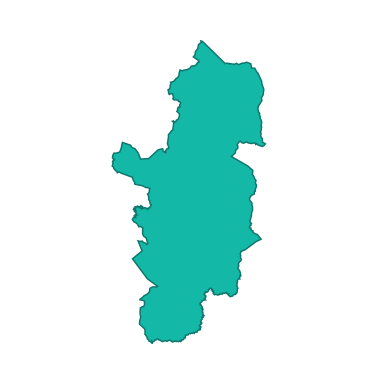 Sefwi-wiawso, Western, Ghana (orthographic projection), rotated 52°
{"feature_id": "2480657B7942392054994", "entity_name": "Sefwi-wiawso", "entity_type": "district", "adm_level": 2, "iso_a3": "GHA", "parent_name": "Ghana", "parent_adm1": "Western", "projection": "orthographic", "projection_center": [-2.458, 6.306], "detail": "fine", "context": "isolated", "style": "filled", "palette": "teal", "viewbox_px": 384, "rotation_deg": 52, "n_neighbors": 0, "source": "geoboundaries", "source_scale": "gbopen_adm2", "svg_char_len": 6098}
<svg xmlns="http://www.w3.org/2000/svg" viewBox="0 0 384 384"><g transform="rotate(52 192 192)"><path d="M92.4,141.3L93.3,141.4L94.8,143.9L95.7,144.3L97.1,146.4L96.6,147.8L100.5,149.9L101.3,149.7L101.3,148.5L102.6,146.9L106.4,148.4L106.4,149.4L107.2,149.7L108.6,149.3L109.2,148.1L111.3,146.5L112.2,146.9L113.3,146.2L114.8,146.1L115.3,146.6L115.7,148.2L117.6,148.9L117.7,149.8L116.6,150.5L117.7,152.4L118.7,152.6L119.1,154.3L122.8,153.8L124.9,155.8L126.2,158.2L125.8,160.2L126.6,161.4L126.4,162.2L124.9,163.1L124.6,162.9L124.2,163.9L126.1,163.7L131.3,169.0L131.1,170.1L132.4,175.4L134.1,176.6L138.9,181.7L142.7,182.8L143.1,183.9L142.4,184.9L143.3,186.9L143.1,187.4L143.6,188.3L144.5,188.2L144.4,188.5L145.2,188.7L141.6,189.6L140.7,188.8L139.8,188.5L139.6,188.9L137.9,192.9L139.0,205.5L134.4,212.3L128.1,210.4L122.6,210.3L120.4,211.9L117.2,211.7L110.1,216.3L114.1,221.1L116.0,224.4L114.5,228.4L113.3,229.4L114.2,231.6L115.9,233.5L116.7,233.7L118.8,233.1L119.1,233.8L118.5,234.4L119.5,236.3L120.8,236.5L122.4,238.9L124.1,238.5L125.3,239.2L128.4,239.0L129.4,238.5L130.8,239.0L131.4,237.0L133.0,236.5L143.7,229.9L146.7,231.1L148.7,231.1L150.4,232.2L151.0,232.0L156.4,227.3L160.4,225.4L161.6,223.9L163.4,223.1L164.3,224.6L165.4,225.3L166.4,227.5L166.2,228.3L168.7,228.8L171.4,230.9L172.9,230.8L175.6,232.3L176.8,232.0L177.1,232.7L177.7,232.9L177.9,235.3L178.3,235.4L177.7,236.4L178.3,237.4L177.8,237.3L177.0,238.4L176.6,238.0L175.2,238.9L174.6,241.5L173.5,240.0L172.9,240.0L172.3,240.7L171.3,240.6L171.4,241.4L173.2,242.3L172.3,242.5L171.9,243.2L171.1,242.5L170.4,243.5L171.0,244.3L170.1,243.4L169.6,243.5L169.4,244.0L169.7,244.7L168.7,245.9L169.7,246.1L169.4,246.8L169.8,247.1L169.1,247.9L170.0,248.2L170.0,248.8L170.9,248.5L170.8,247.4L171.5,248.2L171.3,249.1L171.7,249.3L172.5,249.2L172.8,248.0L173.7,249.1L175.1,249.1L175.0,250.5L176.1,249.9L175.6,251.0L176.5,251.5L175.6,251.6L175.3,252.5L177.1,252.7L176.4,253.3L176.3,254.5L177.0,255.9L180.0,256.1L181.2,255.3L183.4,254.8L186.7,255.3L187.7,253.7L189.8,252.9L194.6,256.7L196.9,257.3L200.0,256.4L205.5,258.6L205.3,260.1L203.9,260.0L201.7,261.4L200.1,261.4L198.7,263.6L197.3,264.6L207.7,267.6L208.0,280.0L233.0,280.6L245.2,277.1L245.2,278.0L242.6,281.3L242.0,284.5L244.2,286.7L244.8,288.4L244.8,291.5L244.2,293.4L244.7,295.9L244.4,298.6L244.9,299.4L247.5,297.2L248.8,296.7L251.7,299.0L252.5,300.7L251.8,301.8L251.5,304.0L255.1,307.3L259.2,309.6L261.2,312.4L263.7,314.7L270.8,313.6L272.5,314.4L275.2,316.7L278.1,316.6L280.1,317.6L282.2,317.3L283.3,317.7L284.1,316.9L286.6,316.6L286.7,316.3L285.3,315.5L286.0,315.5L286.3,313.5L285.7,312.3L286.4,311.6L286.3,310.2L286.8,309.3L287.8,309.5L288.3,308.8L291.7,307.4L292.8,304.3L294.3,303.6L294.6,301.4L296.3,299.9L296.7,300.2L298.3,299.6L299.1,296.9L300.1,296.6L300.2,295.8L301.6,294.8L301.8,293.5L302.9,293.0L302.9,292.2L302.3,292.1L302.0,291.3L303.0,290.2L302.9,289.0L302.3,288.4L302.3,287.5L302.8,287.0L300.9,285.3L302.2,283.1L301.7,282.2L302.0,280.8L302.7,280.7L302.9,279.1L303.7,278.5L303.8,277.3L304.7,277.2L304.3,276.2L304.5,275.4L305.5,274.4L304.5,272.3L305.5,270.9L305.6,270.2L305.0,269.5L304.0,269.8L303.9,268.1L301.8,268.4L301.6,265.8L300.7,265.6L301.1,264.9L299.7,264.9L298.5,263.3L298.4,262.1L296.8,261.4L297.5,260.2L297.1,259.4L297.0,259.8L296.2,259.6L296.0,258.7L293.6,258.1L293.5,257.5L292.6,257.5L291.2,255.5L290.7,255.5L290.5,256.0L289.7,255.4L289.4,255.7L289.1,254.8L286.6,254.5L286.1,255.1L285.7,254.4L284.5,254.3L284.7,252.0L283.8,251.0L284.6,249.1L284.5,248.5L285.3,247.8L283.9,247.6L284.3,246.7L283.7,247.3L283.4,246.0L283.1,245.6L282.7,245.8L282.1,245.0L280.2,245.6L279.6,244.6L279.7,243.7L278.9,243.3L279.0,242.7L280.2,242.0L280.3,240.8L279.9,239.8L279.2,239.5L279.5,238.2L278.8,237.6L279.9,236.0L280.8,236.0L281.1,236.7L281.5,236.1L282.2,236.8L283.0,236.1L283.6,236.3L283.5,236.8L284.1,236.6L285.0,237.2L284.9,237.6L286.8,237.5L287.1,236.6L288.5,235.2L288.9,235.3L289.5,234.3L289.8,233.2L289.4,233.0L290.6,231.6L290.4,230.8L291.1,230.7L290.7,230.0L291.7,229.1L292.2,226.8L293.1,227.3L293.3,226.7L294.4,226.6L294.7,226.1L294.8,226.7L295.9,226.8L298.0,226.3L299.0,224.1L298.4,222.6L299.5,220.7L298.9,220.2L299.2,219.3L298.8,218.2L296.4,215.9L296.1,215.0L293.6,214.6L293.3,213.9L292.6,213.9L291.9,212.7L291.3,212.6L290.7,211.3L289.7,210.9L289.1,209.2L289.8,208.0L289.2,208.1L288.7,206.8L287.6,206.1L288.1,205.0L286.6,204.6L286.0,203.9L283.6,203.0L280.3,202.9L278.7,200.3L277.7,200.2L277.0,199.4L276.2,197.5L276.4,196.4L275.6,194.7L273.0,193.9L272.1,192.8L270.5,192.2L269.7,190.7L269.0,190.2L270.2,185.6L270.5,172.4L271.7,166.6L265.6,166.7L263.7,168.1L261.5,168.7L260.1,167.9L258.9,168.9L256.6,167.8L255.9,168.5L255.0,168.4L254.4,167.2L254.6,166.1L254.2,165.6L253.3,165.2L253.3,164.5L250.9,164.7L247.3,159.8L244.5,157.3L243.8,155.6L240.7,153.3L238.6,152.8L238.4,152.1L237.2,151.4L234.1,151.6L232.1,150.3L231.3,147.2L231.9,144.1L230.5,143.1L230.4,141.7L229.1,140.8L227.4,137.9L226.5,137.5L226.3,136.9L224.8,136.8L223.4,136.0L222.4,134.5L220.3,134.5L217.6,133.6L215.6,133.7L212.4,130.8L206.0,132.0L188.3,139.1L187.9,133.9L186.3,132.1L185.7,130.7L185.9,129.5L185.0,128.3L183.7,127.5L182.6,127.5L181.5,124.3L181.6,122.7L183.8,122.4L185.3,121.3L186.0,118.3L188.1,117.4L190.5,115.2L191.4,113.1L192.4,112.2L193.6,112.5L193.4,111.5L195.2,111.3L199.5,108.5L199.7,106.3L199.2,104.5L196.1,105.8L193.3,103.7L192.9,103.9L190.3,103.5L188.2,101.4L186.4,100.7L186.3,100.0L184.1,97.6L183.0,96.8L182.7,97.0L179.8,94.0L177.0,93.0L175.7,93.1L174.6,91.8L172.9,91.4L171.5,90.2L170.4,90.4L166.9,88.9L165.1,86.5L163.0,80.6L160.6,79.5L159.3,76.2L155.3,72.2L149.4,70.2L147.8,69.0L139.1,66.9L137.3,67.1L133.1,66.3L131.1,68.8L127.2,66.7L123.3,69.1L122.7,71.3L121.4,73.0L120.4,76.8L118.1,77.7L117.3,80.2L113.9,83.3L114.1,83.8L112.8,84.3L111.7,85.5L111.3,86.8L79.9,91.0L78.4,92.0L79.7,92.5L79.9,96.2L82.6,99.2L83.3,102.4L83.8,103.3L85.7,104.9L86.4,107.8L92.0,106.0L93.9,106.4L93.4,107.8L94.3,110.4L94.1,113.0L93.1,113.6L92.4,115.2L93.1,117.1L92.7,120.2L90.8,123.8L90.6,125.1L88.5,126.3L90.2,128.8L91.5,129.8L93.0,132.3L92.8,134.8L93.6,138.5L92.4,141.3Z" fill="#14b8a6" stroke="#0f766e" stroke-width="1.5"/></g></svg>